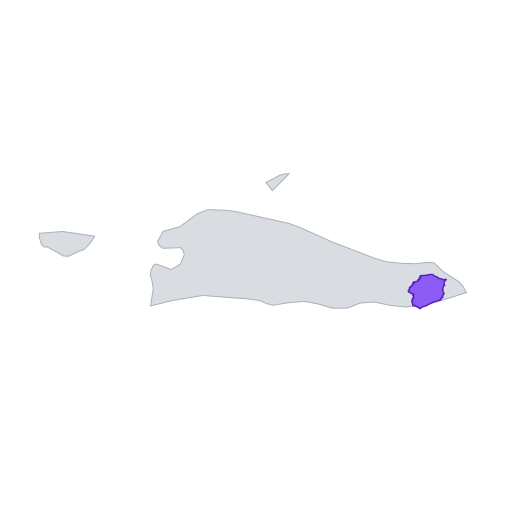 Lospalos, Lautém, East Timor (highlighted), rotated 24°
{"feature_id": "22284137B26175223982630", "entity_name": "Lospalos", "entity_type": "district", "adm_level": 2, "iso_a3": "TLS", "parent_name": "East Timor", "parent_adm1": "Lautém", "projection": "orthographic", "projection_center": [126.99, -8.54], "detail": "fine", "context": "in_parent", "style": "filled", "palette": "violet", "viewbox_px": 512, "rotation_deg": 24, "n_neighbors": 0, "source": "geoboundaries", "source_scale": "gbopen_adm2", "svg_char_len": 5466}
<svg xmlns="http://www.w3.org/2000/svg" viewBox="0 0 512 512"><g transform="rotate(24 256 256)"><path d="M180.0,344.5L175.5,327.8L170.8,320.6L167.2,316.6L165.9,311.5L166.1,306.2L168.3,303.8L183.9,303.0L190.1,294.4L190.0,284.0L186.8,280.5L183.7,279.1L167.6,286.9L163.0,285.6L160.2,282.8L161.0,271.3L174.3,260.5L185.5,240.9L193.4,233.1L211.8,225.8L219.3,223.7L273.1,212.8L285.9,212.0L320.0,212.2L365.7,209.8L377.0,208.4L391.6,203.6L405.8,197.8L413.3,193.1L421.2,189.8L432.9,194.0L452.8,197.2L458.2,200.0L463.2,203.8L440.0,224.3L414.6,241.3L399.0,246.4L382.8,249.9L370.5,256.5L360.1,266.8L346.9,272.6L331.9,274.6L319.1,277.7L307.5,283.7L291.4,294.1L284.8,295.2L277.9,295.0L264.6,299.0L223.0,313.9L198.0,330.5L180.0,344.5ZM48.8,323.4L69.3,312.3L100.5,303.6L99.8,309.8L96.6,319.6L91.9,324.2L84.8,332.5L80.1,334.3L61.4,332.6L59.0,333.9L55.7,333.0L50.9,327.8L48.8,323.4ZM252.8,167.5L244.4,189.6L235.1,184.9L244.9,172.5L249.6,168.8L252.8,167.5Z" fill="#d9dde1" stroke="#a8b0b8" stroke-width="1"/><path d="M419.5,237.4L419.7,237.2L419.9,237.1L420.1,237.0L420.5,237.0L420.8,236.8L421.0,236.8L421.5,236.7L422.1,236.7L422.1,236.8L422.2,236.7L422.5,236.6L423.0,236.8L423.5,236.9L423.8,236.7L424.0,236.7L424.3,236.8L424.6,236.9L424.7,237.0L425.1,237.0L425.8,237.0L426.0,237.0L425.9,237.1L426.2,237.1L426.3,237.2L426.4,237.3L426.5,237.3L427.2,237.3L427.2,237.2L427.3,237.1L427.6,236.9L427.8,236.6L428.4,235.4L428.5,235.1L429.5,234.0L430.1,233.6L430.7,233.0L430.9,232.8L431.3,232.6L431.8,232.2L432.4,231.2L433.1,230.3L433.2,230.1L433.3,229.9L433.5,229.8L433.7,229.7L434.2,228.9L434.4,228.6L435.6,227.4L436.1,227.0L436.3,226.5L436.4,226.3L436.6,226.0L436.8,226.0L437.1,225.8L438.0,225.0L438.3,224.7L438.7,224.3L439.0,223.8L439.1,223.7L439.4,223.4L439.6,223.3L439.8,223.1L440.5,222.6L441.0,222.3L441.8,221.8L441.9,221.7L442.0,221.5L442.2,221.2L442.3,221.1L442.5,221.0L442.5,220.7L442.5,220.4L442.3,220.3L442.2,220.2L442.0,219.9L442.0,219.7L442.3,219.4L442.5,219.0L442.6,218.7L442.8,218.5L443.2,218.4L443.4,218.1L443.3,217.9L443.2,217.8L443.0,217.7L442.9,217.6L443.0,217.3L443.0,217.2L442.9,217.0L443.0,216.8L442.9,216.3L442.9,216.1L442.9,215.5L442.9,214.7L443.1,214.0L443.1,213.9L442.9,213.9L442.9,213.7L442.7,213.6L442.4,213.4L442.2,213.2L441.9,212.9L441.7,212.8L441.5,212.7L441.3,212.6L440.8,211.9L440.4,211.2L440.3,210.8L440.3,210.7L440.5,210.5L440.5,210.4L440.0,210.1L439.8,209.8L439.6,209.5L439.6,209.3L439.6,208.9L439.7,207.5L439.7,206.6L440.0,206.2L440.2,205.9L439.8,205.6L439.2,205.4L439.0,205.2L438.9,204.7L438.9,204.4L438.7,203.7L438.6,203.1L438.6,202.4L438.8,201.4L439.1,200.6L439.4,200.3L439.3,200.2L439.1,200.1L438.8,200.1L438.7,200.2L437.6,201.0L437.0,201.4L436.6,201.4L435.8,201.5L435.3,201.4L434.8,201.5L434.5,201.6L433.9,201.8L433.3,201.9L432.1,202.1L431.9,202.1L431.8,201.9L431.6,201.9L431.3,201.8L431.0,201.9L430.9,201.8L430.3,201.7L429.5,201.4L429.3,201.4L429.2,201.4L429.1,201.5L428.8,201.6L428.3,201.8L428.2,201.9L427.5,201.7L426.8,201.8L426.6,201.7L426.4,201.6L426.0,201.3L425.8,201.2L425.3,201.2L424.8,201.2L424.4,201.3L423.4,201.6L422.4,202.3L422.0,202.5L421.5,202.8L420.5,203.4L420.3,203.6L419.9,203.9L419.6,204.2L418.9,204.7L418.3,204.9L417.9,205.2L414.9,206.7L415.0,207.1L414.9,207.5L414.5,207.2L414.3,207.1L414.2,207.2L414.1,207.5L414.2,207.9L414.3,207.9L414.5,207.9L414.6,208.1L414.5,208.3L414.4,208.4L414.4,208.5L414.5,208.6L414.8,208.5L414.7,208.6L414.6,208.9L414.7,209.0L415.0,208.9L415.1,209.0L414.8,209.0L414.7,209.1L414.5,208.9L414.4,209.0L414.3,209.3L414.3,209.5L414.5,209.7L414.4,209.9L414.3,210.0L414.5,210.1L414.5,210.4L414.5,210.7L414.6,210.8L414.6,211.0L414.4,211.2L414.0,211.6L413.9,211.7L413.9,211.8L414.0,211.9L414.2,212.1L414.3,212.1L414.5,212.0L414.5,212.3L414.4,212.4L414.2,212.5L414.0,212.4L413.7,212.3L413.7,212.5L413.8,212.9L413.8,213.1L413.5,213.5L413.3,213.8L413.0,213.9L412.8,214.0L412.7,214.1L412.8,214.4L412.7,214.5L412.3,214.7L412.1,214.7L411.9,214.8L411.6,215.1L411.4,215.2L411.3,215.3L411.0,215.5L410.7,215.5L410.7,215.8L411.0,215.8L410.9,215.9L410.8,216.1L410.7,216.3L410.4,216.5L410.6,216.7L411.0,216.8L411.3,216.8L411.4,217.0L411.2,217.1L411.1,217.4L410.8,217.6L410.6,217.7L410.6,217.9L410.8,218.0L410.5,218.4L410.4,218.6L410.3,218.9L410.3,219.0L410.3,219.4L410.3,219.5L410.6,219.6L410.6,220.0L410.4,220.1L410.1,220.4L410.1,220.8L409.9,220.9L409.9,221.0L409.9,221.4L409.9,221.5L409.5,221.6L409.4,221.7L409.4,221.8L409.4,222.0L409.4,222.3L409.2,222.3L409.1,222.8L409.3,223.1L409.4,223.3L409.5,223.5L409.6,223.8L409.6,224.0L409.8,224.1L409.7,224.3L409.8,224.5L409.7,224.6L409.4,224.8L409.4,225.1L409.3,225.3L409.5,225.4L409.5,225.7L409.6,226.0L409.6,226.3L409.8,226.5L410.1,226.7L410.7,226.8L411.0,226.8L411.4,226.5L411.7,226.5L411.8,226.6L412.0,226.7L412.2,226.9L412.4,227.0L412.6,227.1L413.2,227.2L413.3,227.2L413.6,226.9L414.1,226.8L414.3,226.6L414.5,226.5L414.8,226.5L415.0,226.6L414.9,226.9L414.8,227.0L415.1,227.3L415.5,227.4L415.6,227.7L416.0,227.6L415.8,228.1L415.7,228.3L415.8,228.3L416.0,228.4L416.2,228.7L416.6,229.0L416.5,229.3L416.7,229.6L416.9,229.8L417.1,229.9L417.1,230.0L417.1,230.3L416.9,230.6L416.5,230.6L416.4,230.7L416.3,230.8L416.2,231.0L416.5,231.3L416.8,231.8L416.8,232.2L416.9,232.4L416.8,232.7L416.4,233.2L416.4,233.3L416.5,233.4L416.8,233.5L417.3,233.9L417.3,234.1L417.2,234.2L417.2,234.5L417.3,234.5L417.8,234.7L417.9,234.9L417.9,235.0L418.0,235.3L418.1,235.6L418.5,235.8L418.7,236.0L418.8,236.3L419.0,236.4L419.1,236.5L419.5,237.4Z" fill="#8b5cf6" stroke="#5b21b6" stroke-width="1.5"/></g></svg>